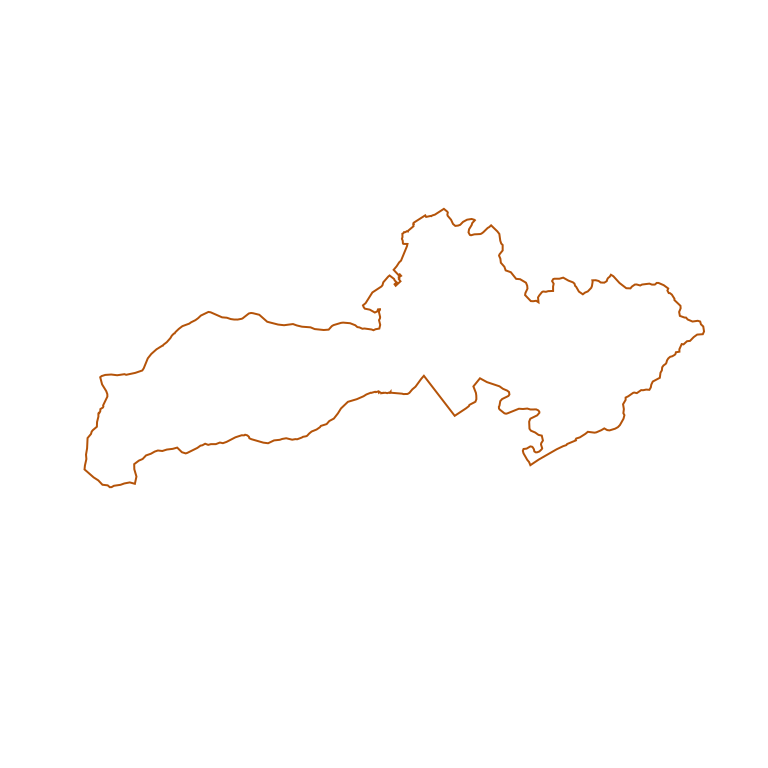 Hoghilag, Sibiu, Romania, rotated 54°
{"feature_id": "2599482B10102156150057", "entity_name": "Hoghilag", "entity_type": "district", "adm_level": 2, "iso_a3": "ROU", "parent_name": "Romania", "parent_adm1": "Sibiu", "projection": "orthographic", "projection_center": [24.623, 46.211], "detail": "fine", "context": "isolated", "style": "outline", "palette": "amber", "viewbox_px": 768, "rotation_deg": 54, "n_neighbors": 0, "source": "geoboundaries", "source_scale": "gbopen_adm2", "svg_char_len": 6149}
<svg xmlns="http://www.w3.org/2000/svg" viewBox="0 0 768 768"><g transform="rotate(54 384 384)"><path d="M231.0,571.6L228.8,578.7L225.0,587.2L223.5,588.2L220.1,594.7L216.0,599.1L212.8,604.2L211.6,607.8L211.7,609.6L218.6,612.3L226.5,612.9L229.6,613.8L231.6,615.2L236.2,623.8L237.3,624.3L237.8,625.2L237.6,628.2L239.4,629.7L240.2,631.5L239.7,631.8L240.1,632.5L242.5,634.2L246.1,638.5L249.8,641.4L250.2,646.8L250.7,648.5L252.2,650.4L253.5,655.6L261.5,662.0L266.0,666.6L269.8,668.9L274.1,673.8L277.1,676.5L288.9,673.8L294.0,671.8L300.0,671.0L303.6,667.1L306.3,666.5L307.3,665.0L307.6,662.3L310.7,656.4L311.8,652.6L314.2,647.5L318.3,644.2L313.4,638.7L306.2,636.1L302.0,633.2L301.9,627.3L302.8,623.4L301.9,618.5L303.4,613.6L303.9,609.2L304.9,606.0L307.9,602.7L309.4,598.2L312.3,593.0L313.9,588.7L320.4,587.6L323.6,585.2L324.1,583.7L326.0,572.5L326.0,568.7L326.8,567.0L327.2,563.8L329.9,562.0L330.9,559.4L333.8,555.4L334.9,551.2L337.2,549.1L338.3,545.4L339.8,535.5L341.8,529.3L343.3,527.4L343.4,526.2L345.2,524.8L347.2,524.3L348.8,524.8L350.6,523.8L360.5,516.1L363.8,512.6L365.0,506.1L367.9,501.1L368.6,498.7L370.4,495.0L375.1,491.0L376.5,488.1L377.7,486.7L379.0,482.0L379.1,480.6L380.5,477.7L380.7,476.6L380.1,473.7L379.9,470.5L381.2,465.3L381.3,461.2L380.8,459.7L382.7,454.0L381.8,450.0L382.5,444.9L380.7,438.6L378.5,433.2L377.2,423.7L380.3,414.9L381.9,407.7L382.1,404.4L383.3,399.8L383.7,399.5L385.1,395.7L385.8,395.4L386.7,392.8L388.0,393.2L387.9,392.3L389.4,391.7L390.5,390.5L390.6,389.1L390.7,390.1L391.8,388.1L393.3,386.8L394.1,384.4L394.3,384.9L394.7,384.5L394.3,383.4L394.9,383.8L402.5,375.0L403.5,374.3L405.9,370.8L406.1,368.7L405.0,364.3L404.7,360.1L401.7,350.8L400.8,346.9L451.3,345.5L451.9,332.1L451.8,328.4L451.1,327.1L452.1,320.5L450.6,318.2L447.7,316.2L445.3,314.9L438.5,313.1L435.8,303.0L443.0,299.6L453.8,291.9L457.8,290.6L461.8,288.2L464.0,287.6L466.2,288.7L466.8,290.4L465.6,297.3L466.2,300.0L469.4,303.3L470.0,304.5L471.5,305.4L472.7,305.4L478.5,303.8L479.8,302.7L480.3,301.4L483.3,289.4L485.9,286.3L488.1,282.5L490.7,280.5L494.0,275.8L496.0,274.7L497.6,274.6L498.6,275.2L499.4,278.5L498.1,285.9L498.4,286.6L499.8,288.7L505.7,292.6L508.1,292.6L512.1,290.2L516.0,288.9L518.5,286.7L523.2,288.7L524.3,291.6L525.3,292.6L529.0,293.8L529.5,294.8L529.9,298.0L529.3,300.2L528.5,301.4L526.9,302.0L525.0,301.1L522.7,300.9L521.8,301.1L520.5,302.3L520.1,306.6L518.6,309.3L519.7,311.0L522.1,311.9L529.5,312.7L532.4,312.5L535.7,313.3L536.1,303.1L538.3,282.7L539.6,275.6L540.6,272.4L540.2,271.1L542.4,261.9L541.6,261.7L541.1,260.5L542.3,256.9L542.7,250.4L542.5,247.2L547.1,242.3L547.9,240.7L549.1,235.3L549.4,231.9L552.5,230.5L554.1,228.8L556.0,223.3L556.4,220.1L555.9,217.3L552.9,210.7L550.5,207.8L548.3,207.5L545.3,204.7L540.9,202.5L538.9,197.9L537.0,196.5L537.5,193.6L537.6,187.6L538.0,186.6L540.0,184.8L540.1,179.6L541.4,177.9L542.6,175.2L544.7,172.7L543.6,170.2L541.6,168.1L540.0,165.1L541.1,157.2L537.4,153.7L536.3,151.2L534.0,149.1L533.3,147.0L533.3,144.3L532.9,143.2L531.3,141.2L530.4,139.0L530.2,136.5L531.0,134.5L531.3,131.6L531.0,130.5L529.9,129.2L531.5,126.0L529.5,124.6L526.7,119.7L528.0,118.4L527.5,113.7L529.0,111.1L528.1,105.9L528.1,101.6L531.1,96.8L529.6,94.2L525.1,91.9L522.0,92.5L519.3,91.5L517.3,93.0L514.8,97.7L510.3,100.4L507.8,100.6L506.9,101.8L502.8,104.6L499.2,102.9L497.1,99.5L495.0,98.2L486.8,99.7L485.7,98.9L480.8,98.6L478.5,99.3L477.8,100.2L475.0,99.8L473.8,97.9L468.5,99.6L463.6,102.5L462.5,104.0L462.8,106.1L462.5,106.9L461.1,108.8L458.8,110.3L455.2,116.8L454.9,118.8L452.0,121.1L451.0,122.6L450.9,126.2L451.5,128.4L448.9,131.7L440.7,134.1L431.6,135.1L429.0,136.2L429.9,138.4L429.9,140.1L430.4,141.6L431.7,143.4L431.5,146.2L429.3,149.0L426.8,149.8L424.5,151.7L422.6,154.5L424.0,155.2L427.0,158.2L428.0,159.8L428.9,164.7L428.2,167.6L428.3,170.4L423.8,172.0L418.2,171.4L417.0,171.7L414.7,170.9L412.8,171.4L408.8,174.0L403.3,176.5L401.9,180.3L399.0,184.3L398.6,185.4L399.5,187.5L402.6,187.8L404.5,189.9L408.1,192.5L405.4,196.6L404.6,198.8L402.7,200.9L402.5,202.2L403.6,206.3L404.5,208.5L408.7,211.0L406.1,212.0L404.7,214.7L403.2,216.5L395.0,217.6L393.5,216.1L391.2,211.9L388.7,210.4L385.5,209.6L379.2,212.3L376.6,215.3L368.1,215.7L363.6,218.8L359.9,217.7L354.6,218.2L351.0,216.2L347.8,215.5L347.0,214.3L345.7,209.5L341.3,206.3L339.3,206.6L336.4,205.7L330.4,202.5L327.1,202.6L318.6,204.1L318.9,206.7L318.7,208.4L319.6,214.5L319.6,216.8L319.2,218.1L316.0,223.0L314.8,226.2L313.8,226.9L311.0,226.5L308.8,224.2L306.9,219.6L305.7,218.1L304.9,214.2L304.4,214.3L302.0,216.1L299.9,220.2L299.3,224.8L300.0,228.8L299.4,230.9L298.0,233.4L295.1,234.1L290.5,233.2L285.3,233.6L284.1,233.1L282.8,231.6L281.8,231.5L277.5,232.6L276.9,243.3L276.0,245.9L276.0,247.1L275.4,247.6L273.6,251.7L271.8,251.5L271.0,264.8L271.1,265.5L272.2,266.0L272.0,266.5L273.7,267.4L274.2,274.3L274.7,275.0L273.8,275.7L273.7,277.4L272.9,278.6L273.4,279.6L273.2,280.8L276.0,282.7L277.1,284.2L279.0,284.6L281.3,286.0L282.0,286.0L284.5,282.7L286.0,284.4L294.2,297.7L294.5,300.2L296.2,304.6L297.3,309.1L304.5,308.2L304.5,306.8L306.5,306.6L306.3,309.3L307.4,309.3L307.7,310.3L310.6,310.3L311.4,316.8L309.5,316.8L309.1,314.0L306.5,314.5L305.0,314.1L299.5,315.7L299.6,317.5L301.3,324.8L303.2,327.2L303.6,328.8L303.1,339.6L307.8,351.4L308.0,354.8L310.1,355.3L311.8,355.2L315.5,351.8L320.8,349.4L321.3,346.7L320.1,345.0L321.1,343.3L321.6,343.6L321.8,344.5L322.8,345.8L327.6,347.8L328.6,348.8L329.4,350.5L333.9,352.3L336.4,355.2L334.7,358.7L334.3,360.9L332.6,362.0L327.6,367.2L326.6,369.0L323.8,370.6L322.3,372.1L319.6,372.7L314.9,375.7L310.3,381.0L309.3,382.8L306.7,390.2L306.5,392.2L307.5,396.8L304.9,401.0L298.8,407.8L295.0,410.1L289.4,416.7L285.4,420.1L282.0,422.4L277.7,430.3L273.7,434.7L265.0,441.9L254.7,444.2L249.7,448.4L248.4,449.8L247.5,451.9L247.8,460.0L247.5,461.0L245.8,464.6L243.8,467.3L241.4,469.8L238.0,472.2L234.9,475.8L224.1,482.1L222.5,483.7L221.0,491.9L221.5,495.8L221.5,499.1L220.7,503.8L220.7,506.0L218.7,513.1L218.8,517.6L219.4,522.1L220.0,523.6L219.7,524.4L220.2,527.3L221.3,529.8L222.5,535.2L222.6,539.4L223.0,540.5L222.7,540.9L222.2,547.6L222.9,554.6L224.4,560.0L230.1,569.2L231.0,571.6Z" fill="none" stroke="#b45309" stroke-width="2"/></g></svg>